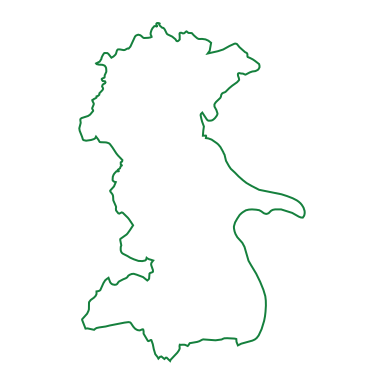 outline of Tuyen Quang, Tuyên Quang, Vietnam
{"feature_id": "81297802B47439602304770", "entity_name": "Tuyen Quang", "entity_type": "district", "adm_level": 2, "iso_a3": "VNM", "parent_name": "Vietnam", "parent_adm1": "Tuyên Quang", "projection": "orthographic", "projection_center": [105.218, 21.783], "detail": "fine", "context": "isolated", "style": "outline", "palette": "green", "viewbox_px": 384, "rotation_deg": 0, "n_neighbors": 0, "source": "geoboundaries", "source_scale": "gbopen_adm2", "svg_char_len": 5869}
<svg xmlns="http://www.w3.org/2000/svg" viewBox="0 0 384 384"><path d="M302.8,217.6L303.9,216.1L304.4,214.9L304.7,213.0L304.6,211.0L303.5,207.6L301.9,205.0L300.5,203.3L298.7,201.7L296.7,200.3L292.6,198.2L287.1,196.1L281.5,194.3L259.1,189.8L251.5,185.9L246.5,183.0L242.8,180.1L238.6,176.4L234.9,172.6L230.8,168.8L228.9,166.0L226.0,160.8L224.5,154.6L223.8,153.5L223.2,152.0L220.4,147.0L218.3,144.5L216.8,143.2L211.6,139.6L208.3,138.4L205.9,138.1L206.1,136.9L206.1,135.9L205.9,135.6L202.9,135.7L203.3,130.6L203.9,126.5L202.1,121.6L201.3,118.6L200.6,115.1L200.9,114.0L202.3,112.6L206.7,119.3L207.6,120.3L208.6,120.7L210.9,120.6L212.1,120.3L213.3,119.6L214.9,118.2L216.5,116.1L217.3,114.6L217.5,113.5L216.4,110.1L214.5,106.6L214.4,104.6L214.9,103.5L216.1,101.9L220.3,97.9L220.9,96.7L221.3,94.7L222.1,93.5L223.2,92.8L224.5,92.4L225.5,91.9L229.2,88.2L232.2,85.7L237.0,82.3L238.6,80.6L239.1,79.9L239.1,79.4L238.8,77.9L238.0,75.7L237.9,74.3L238.0,73.8L238.3,73.4L239.2,73.1L241.0,73.5L242.9,73.6L245.2,74.6L245.6,74.6L249.8,72.4L252.3,71.5L255.4,71.1L257.8,69.9L258.7,68.9L259.5,67.3L259.5,65.8L259.1,64.1L255.0,60.9L252.8,59.4L250.1,58.0L247.7,57.0L247.4,56.2L247.4,54.2L247.0,53.3L246.6,52.9L245.0,52.1L239.5,47.2L237.0,44.1L235.7,43.6L234.5,43.7L229.5,46.0L223.2,49.5L217.9,51.2L207.7,53.5L209.7,50.7L211.1,42.8L208.4,40.7L205.5,39.4L202.0,38.9L199.9,39.0L198.5,38.9L197.3,38.3L195.7,37.0L193.8,35.3L191.8,33.1L188.4,32.9L186.6,31.4L186.0,31.6L185.2,32.4L184.0,33.3L182.8,33.4L181.6,32.8L180.2,32.8L179.7,33.2L179.5,33.9L179.7,35.9L179.7,39.5L178.5,40.7L177.7,41.2L176.9,41.1L176.3,40.7L175.5,39.3L172.2,36.6L167.6,34.4L166.8,33.7L164.8,29.6L164.0,28.5L163.3,27.9L162.3,27.8L160.0,25.8L159.2,24.5L159.6,23.5L158.8,23.1L157.2,23.0L156.7,23.3L156.3,23.9L156.4,24.8L157.0,25.8L157.0,26.3L156.6,26.5L155.6,26.1L154.4,26.1L152.5,28.2L151.5,30.1L150.7,32.7L150.6,33.9L150.7,34.7L151.4,36.0L151.6,36.9L150.5,37.4L148.3,37.8L144.5,38.0L143.6,37.9L142.7,37.3L141.4,36.0L140.2,35.2L138.3,34.7L137.2,35.0L135.8,35.7L135.0,36.6L130.4,46.6L128.6,48.6L127.5,48.5L124.7,50.0L123.6,50.1L119.9,49.4L118.0,49.4L117.3,50.0L116.9,50.6L116.0,53.7L115.3,54.8L113.5,56.5L111.4,57.7L108.5,54.0L107.4,53.1L104.6,53.0L104.0,53.3L102.6,55.5L101.6,57.6L101.4,58.9L99.7,61.6L96.1,63.4L96.6,64.1L98.7,64.6L102.3,64.8L103.6,65.2L104.7,65.7L105.6,66.9L106.1,68.0L106.3,70.2L106.3,71.8L104.7,75.3L104.6,77.2L104.4,77.6L102.3,78.5L101.8,78.9L101.7,79.1L102.1,80.2L102.7,81.0L105.0,81.3L105.5,82.3L105.1,83.2L103.1,84.3L102.4,85.2L102.1,86.5L102.9,87.9L103.1,88.9L102.4,90.2L99.4,93.3L99.3,94.7L98.3,95.7L96.5,96.4L96.5,97.5L95.8,98.1L93.6,99.2L93.4,99.6L92.4,99.9L92.3,100.6L93.7,103.4L93.8,104.0L93.5,105.0L92.2,108.1L92.2,108.7L93.1,110.3L93.1,111.0L90.1,114.6L89.4,115.1L88.0,116.0L81.5,118.1L80.5,119.0L80.3,119.8L80.7,122.9L79.3,128.3L79.7,130.8L82.1,136.9L82.9,139.5L83.5,140.1L86.1,140.7L91.0,140.0L93.6,139.2L94.6,138.7L95.2,138.2L96.0,136.6L98.3,139.6L99.5,141.7L99.8,142.0L100.6,142.2L106.0,142.4L107.6,142.8L109.1,143.4L110.0,144.2L112.4,147.4L116.3,153.4L118.0,155.5L122.4,160.1L122.1,161.5L120.8,162.3L120.7,162.7L120.8,164.5L121.7,165.1L121.8,165.5L120.7,166.3L120.0,168.3L118.0,169.7L118.7,170.9L118.7,171.2L118.0,171.4L116.8,171.1L116.3,171.4L114.3,173.6L113.6,174.7L112.8,176.8L112.6,180.0L112.8,180.6L114.1,181.7L115.8,182.1L114.0,186.4L110.2,190.6L110.3,191.5L112.5,194.4L112.9,195.4L113.1,196.5L113.3,200.3L115.9,206.3L116.1,207.0L115.9,208.5L116.0,210.2L116.4,210.9L118.3,213.3L119.3,213.6L121.7,212.4L122.8,212.8L127.8,217.7L129.0,219.2L133.1,225.3L130.1,229.9L127.6,233.4L126.6,234.5L120.4,238.9L120.2,239.9L121.3,245.4L120.8,246.7L120.7,248.3L120.7,250.0L120.9,250.9L121.3,252.0L121.9,252.9L122.9,253.7L127.6,256.1L130.2,257.7L133.8,259.3L138.4,260.9L142.3,261.1L145.1,260.5L145.8,260.0L146.2,259.3L146.6,257.8L147.2,258.3L148.9,259.2L151.1,259.8L153.2,260.5L151.5,262.7L151.1,264.1L151.3,265.4L152.9,270.0L153.0,271.4L152.9,271.8L152.1,272.3L150.1,273.0L149.5,273.6L149.1,278.6L148.6,279.4L147.3,280.5L143.1,277.1L136.7,274.7L133.7,273.8L131.6,274.0L129.7,274.8L128.3,275.7L127.2,277.3L125.9,278.2L123.2,279.3L119.0,281.5L118.1,282.5L117.3,283.8L116.4,284.5L115.7,284.7L114.6,284.8L112.6,284.4L111.8,284.0L110.9,283.2L110.2,282.3L108.5,277.8L106.9,278.9L105.2,280.3L103.5,283.0L100.3,290.1L99.6,290.6L98.5,291.1L96.5,291.4L96.5,294.1L95.6,295.9L93.9,297.7L90.7,300.0L89.1,302.1L89.0,302.8L88.9,309.4L88.4,311.0L87.1,313.7L82.2,319.2L82.1,319.8L82.5,320.9L85.5,328.6L87.5,328.4L94.1,329.8L95.4,328.7L96.6,328.0L99.4,327.4L105.7,326.5L109.7,325.5L124.6,322.6L128.5,322.1L130.1,322.4L130.9,323.1L133.3,326.7L135.1,328.7L136.7,329.7L138.0,330.2L139.8,330.4L142.4,329.3L142.9,329.3L143.2,329.5L143.6,331.3L143.6,333.7L147.8,340.8L148.3,341.1L149.1,340.9L150.8,340.0L151.1,340.0L151.4,340.2L152.8,344.2L153.8,349.2L155.3,354.2L157.6,357.1L158.4,358.6L160.1,356.8L161.4,356.5L164.4,359.0L165.8,357.7L166.7,357.7L170.1,361.0L170.6,359.8L177.3,352.7L178.9,350.4L179.5,349.1L179.7,348.2L179.5,346.1L179.8,344.7L180.6,344.8L184.0,344.7L185.2,344.9L187.7,346.0L188.5,345.1L189.7,343.2L197.2,341.9L199.4,341.2L202.0,339.8L203.2,339.4L215.5,340.3L221.6,339.5L223.2,338.7L224.4,338.3L227.3,338.2L234.6,338.6L236.1,338.9L236.3,339.0L236.5,341.8L237.9,345.4L241.2,343.7L252.4,340.6L254.8,339.5L256.7,338.0L258.7,335.4L261.6,329.1L264.1,320.9L265.0,316.3L265.5,311.9L265.9,305.7L265.8,300.6L265.3,296.2L263.4,289.8L260.1,281.7L256.2,273.7L250.9,264.9L248.5,260.7L244.5,246.9L242.3,242.8L237.3,237.2L235.5,234.0L234.6,231.5L234.0,228.5L233.9,226.7L234.2,225.4L235.1,222.4L237.2,218.7L239.7,214.9L241.6,213.1L243.1,212.0L245.9,210.3L248.9,209.6L252.0,209.4L256.2,209.7L259.2,210.2L261.4,211.4L263.8,213.2L265.5,213.8L266.7,213.9L268.6,213.2L270.9,210.9L271.9,210.3L273.0,209.8L275.1,209.4L281.1,209.4L292.2,212.9L298.9,216.7L301.0,217.5L302.8,217.6Z" fill="none" stroke="#15803d" stroke-width="2"/></svg>